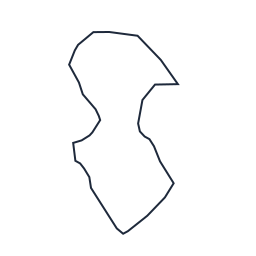 outline of Gorišnica, rotated 346°
{"feature_id": "SVN-1041", "entity_name": "Gorišnica", "entity_type": "Municipality", "adm_level": 1, "iso_a3": "SVN", "parent_name": "Slovenia", "parent_adm1": "", "projection": "equal_earth", "projection_center": [16.012, 46.363], "detail": "fine", "context": "isolated", "style": "outline", "palette": "slate", "viewbox_px": 256, "rotation_deg": 346, "n_neighbors": 0, "source": "natural_earth", "source_scale": "10m", "svg_char_len": 606}
<svg xmlns="http://www.w3.org/2000/svg" viewBox="0 0 256 256"><g transform="rotate(346 128 128)"><path d="M158.9,192.7L147.0,204.3L125.5,217.8L102.9,228.1L97.7,229.4L97.4,229.0L92.8,222.7L77.6,177.2L78.6,166.3L75.6,156.7L73.0,150.8L69.0,147.1L71.2,129.2L80.0,128.8L88.9,125.9L92.4,123.6L102.9,113.6L102.6,109.3L101.1,102.0L92.3,84.4L91.4,72.0L86.2,52.3L95.2,39.8L99.7,35.2L117.6,26.6L133.0,30.3L159.6,40.8L176.3,69.9L187.0,97.5L164.7,92.4L148.8,104.3L138.9,126.1L138.7,134.2L142.1,140.3L146.1,144.0L148.8,152.0L151.0,168.1L158.7,191.9L158.9,192.7Z" fill="none" stroke="#1e293b" stroke-width="2"/></g></svg>